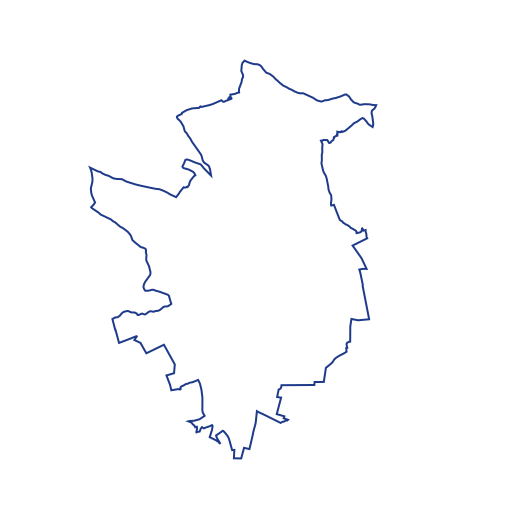 outline of Gheorghe Doja, Mures, Romania, rotated 165°
{"feature_id": "2599482B99552937012719", "entity_name": "Gheorghe Doja", "entity_type": "district", "adm_level": 2, "iso_a3": "ROU", "parent_name": "Romania", "parent_adm1": "Mures", "projection": "equal_earth", "projection_center": [24.503, 46.455], "detail": "fine", "context": "isolated", "style": "outline", "palette": "blue", "viewbox_px": 512, "rotation_deg": 165, "n_neighbors": 0, "source": "geoboundaries", "source_scale": "gbopen_adm2", "svg_char_len": 6129}
<svg xmlns="http://www.w3.org/2000/svg" viewBox="0 0 512 512"><g transform="rotate(165 256 256)"><path d="M393.4,384.3L393.2,383.0L393.1,379.3L393.8,373.7L394.1,372.2L395.1,369.4L397.8,364.6L398.2,363.3L398.8,359.5L398.8,356.9L397.6,349.3L399.5,347.7L402.6,345.8L402.1,344.7L397.0,338.8L396.3,337.9L395.4,336.3L386.6,328.8L385.2,326.7L383.3,324.9L379.9,319.8L377.3,317.3L375.5,315.1L373.5,312.4L372.0,309.2L371.5,307.3L371.3,303.5L369.4,300.5L365.2,294.7L364.6,294.1L363.2,293.5L360.9,291.6L360.7,289.9L361.4,288.4L361.5,285.6L361.7,284.6L362.7,282.1L363.1,279.9L362.0,273.9L362.1,267.6L362.9,265.5L363.7,264.6L369.7,259.8L371.6,257.6L372.7,255.4L372.7,253.4L372.1,251.4L371.2,250.8L368.5,250.3L365.1,250.3L363.6,249.8L361.9,248.5L358.2,246.3L351.2,241.4L350.4,240.2L350.4,236.7L350.2,231.7L352.7,230.7L354.1,230.3L355.5,230.4L357.0,230.8L358.4,230.8L362.7,228.8L364.4,228.4L367.0,228.8L369.6,228.7L371.9,229.9L373.9,229.9L377.5,228.4L378.2,228.3L378.8,228.4L380.8,229.8L381.3,229.9L384.7,229.4L385.3,229.5L385.7,229.9L386.0,231.0L386.2,231.3L387.6,232.7L391.3,233.9L392.9,235.3L393.9,236.0L395.6,236.3L398.5,236.2L399.4,235.9L400.6,235.3L402.8,233.7L405.2,232.7L406.5,232.8L407.9,233.1L411.0,232.3L411.1,221.3L410.9,221.3L410.8,219.8L410.8,207.5L399.7,208.6L392.3,209.5L392.0,209.2L395.2,206.3L390.1,202.0L387.1,190.4L367.9,194.1L362.5,172.3L365.5,164.0L373.4,163.8L372.4,154.1L372.5,148.2L365.7,147.6L364.4,146.9L363.6,146.7L363.1,147.1L363.2,147.7L363.1,148.4L362.3,149.1L361.6,149.4L359.3,149.7L357.2,150.4L354.5,150.4L352.4,150.8L350.4,150.5L349.1,150.6L344.0,151.3L343.4,148.6L343.2,147.1L343.3,141.1L344.4,133.1L347.8,120.7L347.9,119.3L347.8,117.9L347.0,114.9L352.5,113.0L353.3,112.9L358.5,112.9L362.8,113.8L364.1,113.8L361.4,111.8L360.7,109.9L359.4,108.1L359.0,106.3L357.4,106.4L357.4,105.0L359.2,101.2L360.1,101.0L357.9,101.2L355.9,101.0L354.3,103.2L352.5,104.7L351.0,103.0L348.9,103.3L344.3,103.6L342.3,104.1L341.9,103.1L343.4,99.6L347.6,93.0L342.5,88.5L340.6,86.4L339.6,84.5L339.2,84.6L340.7,89.7L341.1,92.5L341.0,93.0L338.0,94.0L333.3,95.8L332.9,95.5L332.2,94.3L331.1,92.0L330.0,89.3L329.6,87.9L329.4,85.9L329.3,74.7L327.1,74.3L329.7,66.3L322.7,64.3L317.2,73.8L312.3,71.2L305.3,84.3L304.3,86.5L299.9,94.1L298.8,96.6L295.3,105.9L294.0,104.6L288.1,99.6L275.4,88.4L273.3,89.0L271.8,88.8L269.7,89.4L268.4,89.0L267.5,89.5L271.3,92.1L270.1,93.8L276.9,97.9L268.4,112.7L272.1,114.3L268.7,121.1L267.2,121.4L266.3,121.9L265.7,122.6L264.8,124.6L233.0,116.3L232.0,119.1L223.1,116.8L217.4,129.9L212.9,131.9L209.8,133.4L207.1,135.9L205.3,136.8L202.7,137.7L199.4,138.6L197.0,139.0L193.3,140.1L192.7,143.7L191.6,143.7L191.5,146.6L191.2,147.8L190.4,148.6L188.9,149.0L187.2,148.9L183.2,163.4L180.1,170.5L174.1,167.5L163.1,165.6L160.7,199.8L160.3,200.4L159.6,212.6L159.7,216.2L156.0,215.9L152.5,214.9L154.7,226.7L160.0,241.1L144.0,244.3L144.2,245.5L144.2,246.5L143.7,248.8L143.8,250.7L143.4,252.7L145.7,252.7L146.0,254.8L146.2,255.2L146.6,255.0L147.3,253.1L148.1,252.3L149.4,251.9L152.9,252.0L153.0,252.3L152.7,252.8L152.7,253.7L153.0,254.5L155.2,256.9L157.0,258.5L157.5,259.0L157.6,259.6L157.9,260.1L159.9,262.4L161.0,263.1L162.0,264.4L162.9,265.3L163.4,266.0L163.6,266.9L165.7,269.1L167.5,285.3L170.2,285.2L170.3,286.1L169.9,287.8L168.6,290.6L167.7,295.0L167.8,295.7L168.5,298.2L168.6,299.4L168.7,301.8L168.3,303.9L167.7,312.5L167.8,315.4L168.8,318.9L169.1,321.1L168.8,328.6L167.6,331.4L166.3,336.7L165.1,338.9L164.1,343.2L162.9,346.4L162.8,347.4L163.4,350.6L162.9,350.6L161.8,350.3L160.7,350.6L157.1,349.5L156.5,347.6L156.3,346.5L156.0,346.2L154.7,346.2L153.2,347.4L151.3,348.1L150.8,349.0L150.1,349.6L150.1,350.5L149.9,350.7L149.3,350.6L148.2,351.2L147.4,351.1L146.8,351.3L146.2,351.2L146.0,351.8L146.5,352.1L146.5,352.4L145.5,353.8L145.3,355.0L144.6,354.7L144.6,354.1L144.3,354.0L142.9,354.1L142.3,353.7L141.1,354.4L140.9,354.3L140.8,353.6L140.7,353.5L137.5,353.8L130.1,357.2L126.8,359.0L123.4,359.6L120.0,361.0L117.5,361.7L116.4,361.0L114.6,357.6L113.6,354.9L112.9,353.7L110.0,350.4L109.0,352.0L108.3,354.5L107.4,361.9L107.5,363.6L107.0,365.3L106.2,366.5L103.5,367.7L102.2,368.9L100.9,370.6L103.5,371.4L107.0,373.1L112.3,374.7L114.3,374.8L116.8,375.3L118.2,376.7L121.2,378.6L121.9,379.3L123.7,382.5L124.9,386.1L127.0,388.7L128.4,388.9L133.4,388.2L137.7,388.0L141.5,388.2L145.9,388.0L147.7,388.2L148.8,388.6L152.7,388.2L155.7,389.8L157.1,390.8L160.1,394.2L168.1,400.8L169.2,401.3L170.4,401.4L173.1,402.6L176.4,405.2L178.8,407.6L180.5,408.8L182.8,411.2L185.6,413.5L188.2,417.1L190.1,420.2L190.8,421.0L193.0,425.0L195.3,427.9L196.4,428.9L198.6,430.3L200.7,434.7L201.7,437.6L203.0,439.5L205.1,440.9L207.8,441.7L210.6,443.2L213.9,445.5L216.5,447.7L219.1,446.0L220.4,443.9L222.3,438.5L221.7,434.4L222.1,432.3L223.7,430.5L224.9,427.8L229.0,422.1L229.8,419.6L230.0,418.3L232.4,418.4L234.1,418.0L239.0,418.5L239.4,416.5L239.3,415.6L238.9,414.9L238.9,414.4L239.1,414.2L239.4,414.3L239.6,414.9L240.0,416.1L240.4,416.2L240.4,415.6L240.2,414.3L240.3,414.1L241.3,414.0L241.5,414.3L241.7,415.4L241.9,415.4L242.1,415.1L242.2,414.1L242.6,413.8L244.8,413.7L246.4,413.3L247.4,413.3L248.0,413.7L249.1,415.4L258.3,414.0L261.8,413.8L270.1,414.1L270.8,414.3L271.0,414.8L271.6,414.6L272.7,413.8L279.5,415.1L285.3,414.8L290.5,413.4L291.0,412.4L295.1,411.7L296.3,411.1L296.5,410.4L296.1,408.7L295.1,407.3L294.0,405.3L292.5,400.0L292.5,395.2L292.3,394.5L291.2,392.7L290.3,389.3L289.1,386.5L288.3,383.0L282.9,368.3L282.7,366.9L282.7,362.4L282.3,360.5L281.9,359.6L278.8,356.0L278.1,354.5L278.1,352.4L277.9,352.0L278.6,345.3L283.8,354.5L284.1,355.4L285.5,358.4L286.0,359.0L291.8,362.9L293.5,364.4L297.0,366.8L298.4,367.2L299.3,367.1L301.7,363.9L303.9,361.5L303.8,360.5L303.1,359.6L298.3,356.7L294.9,353.5L294.0,351.6L293.7,349.6L295.0,349.3L299.6,346.0L301.2,344.0L302.3,341.9L304.3,340.3L304.8,340.7L305.5,340.5L306.9,340.4L308.2,341.1L313.2,337.4L313.9,336.6L317.9,333.5L323.3,338.0L324.6,339.5L326.3,341.1L329.7,343.9L332.2,345.6L335.0,346.6L339.1,348.6L348.9,353.6L354.0,356.4L362.0,361.5L365.6,364.9L370.7,366.5L373.7,367.9L377.6,371.6L380.4,373.3L383.2,375.7L384.3,377.3L386.9,378.7L393.4,384.3Z" fill="none" stroke="#1e3a8a" stroke-width="2"/></g></svg>